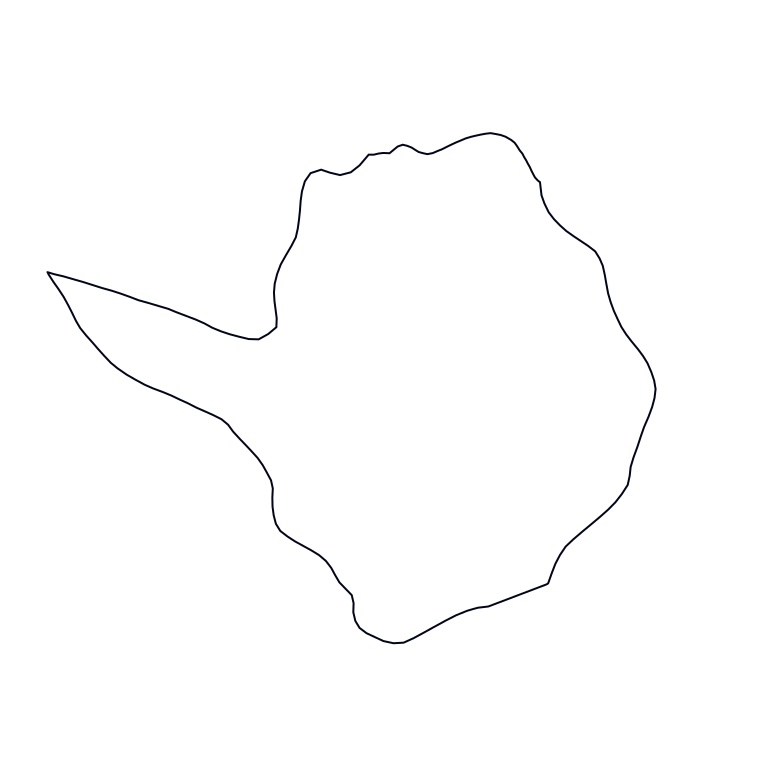 Al Maflahi, Lahij, Yemen, rotated 63°
{"feature_id": "15242507B25338309738569", "entity_name": "Al Maflahi", "entity_type": "district", "adm_level": 2, "iso_a3": "YEM", "parent_name": "Yemen", "parent_adm1": "Lahij", "projection": "equal_earth", "projection_center": [45.119, 13.783], "detail": "fine", "context": "isolated", "style": "outline", "palette": "ink", "viewbox_px": 768, "rotation_deg": 63, "n_neighbors": 0, "source": "geoboundaries", "source_scale": "gbopen_adm2", "svg_char_len": 2901}
<svg xmlns="http://www.w3.org/2000/svg" viewBox="0 0 768 768"><g transform="rotate(63 384 384)"><path d="M227.4,158.5L224.3,159.9L218.9,163.4L215.1,167.0L212.2,170.7L208.9,175.1L207.2,179.6L205.7,184.6L205.0,187.3L204.4,189.5L203.3,194.1L202.3,199.4L201.9,204.9L201.5,210.0L201.3,215.0L201.2,220.1L201.2,225.6L200.7,230.9L200.4,235.7L198.9,241.0L196.2,244.3L193.0,247.8L189.7,249.8L185.8,252.1L182.3,255.2L179.3,258.7L179.2,259.6L178.6,264.0L179.7,269.0L180.9,274.3L177.8,279.8L176.2,284.2L175.0,289.1L172.7,293.5L173.2,294.7L178.1,306.5L180.3,317.5L177.9,328.3L175.1,331.6L171.1,336.3L164.5,342.7L162.8,353.7L167.5,362.5L175.2,369.7L183.1,375.2L187.1,377.6L191.4,380.2L198.8,385.0L206.3,390.2L213.3,396.0L219.0,403.9L224.4,412.4L230.6,421.7L237.5,429.3L245.1,435.9L249.3,438.5L252.5,440.5L260.5,444.0L268.4,446.8L276.8,449.8L284.5,454.1L286.9,464.4L287.3,475.4L282.5,484.2L281.7,485.1L275.8,492.0L269.5,499.0L263.0,505.4L256.0,511.4L248.5,516.5L241.1,522.5L233.5,529.4L226.0,536.2L219.0,542.2L212.1,549.5L204.5,557.5L197.8,564.8L191.0,570.9L184.1,577.4L177.3,584.2L170.6,591.5L163.8,598.4L156.6,605.7L150.0,612.8L142.6,620.7L136.0,628.5L131.7,632.9L131.7,633.0L134.1,633.1L142.9,632.2L151.1,631.0L160.9,629.9L170.8,629.6L178.9,629.6L179.0,629.6L188.0,629.8L196.3,629.3L205.7,627.3L214.3,625.0L223.3,622.8L231.9,620.5L241.1,617.8L249.1,614.3L258.9,609.0L267.2,603.6L276.1,597.5L283.4,591.5L291.1,584.4L297.9,578.6L305.1,573.1L312.1,567.5L320.0,561.8L327.3,555.8L334.4,550.1L341.6,544.8L349.5,541.4L357.8,540.1L367.5,537.4L375.7,534.9L384.0,532.5L392.4,530.2L401.4,528.9L409.6,528.6L418.6,528.4L426.6,530.5L434.6,535.1L442.7,539.0L450.9,541.9L459.5,543.8L467.9,543.1L475.9,539.3L483.9,534.7L491.4,529.6L498.9,524.5L506.9,519.6L515.3,516.1L523.9,514.5L532.1,514.3L540.5,513.8L548.7,511.3L557.5,508.6L565.5,510.6L573.5,515.0L582.1,517.1L582.3,517.1L590.3,516.5L598.1,512.7L605.3,507.1L612.8,501.2L619.3,493.2L623.4,483.9L623.9,472.9L623.6,461.3L623.2,450.2L622.8,436.4L622.8,424.7L623.8,413.0L625.0,406.6L626.0,401.8L629.6,392.1L636.3,330.4L636.3,329.3L636.1,328.2L628.8,320.5L621.9,312.8L616.3,304.9L611.3,295.9L608.3,285.6L605.6,274.4L605.1,272.2L603.1,263.3L600.4,251.7L599.1,246.7L597.7,241.3L594.4,231.4L590.0,222.0L584.6,212.7L577.4,206.8L569.9,201.9L562.7,195.0L555.0,186.7L547.0,178.7L540.5,171.9L533.3,163.2L526.2,155.5L519.4,149.4L511.8,144.3L503.5,141.7L494.6,140.4L485.1,139.8L476.6,140.5L468.4,141.9L458.4,144.1L449.7,145.7L441.0,146.6L432.7,146.4L423.3,146.0L414.1,144.9L405.1,143.2L395.6,140.4L387.2,137.8L378.0,135.4L369.9,134.9L361.7,135.6L353.5,139.5L346.0,143.7L338.5,147.9L330.5,152.1L322.5,155.2L314.4,157.7L305.7,159.3L295.9,159.1L287.4,158.0L275.0,153.4L272.5,154.6L268.5,155.7L264.8,155.8L261.9,155.8L260.9,155.8L256.9,155.6L253.0,155.8L249.4,155.8L245.5,156.1L241.6,156.1L237.6,157.0L232.0,157.5L228.3,158.1L227.4,158.5Z" fill="none" stroke="#020617" stroke-width="2"/></g></svg>